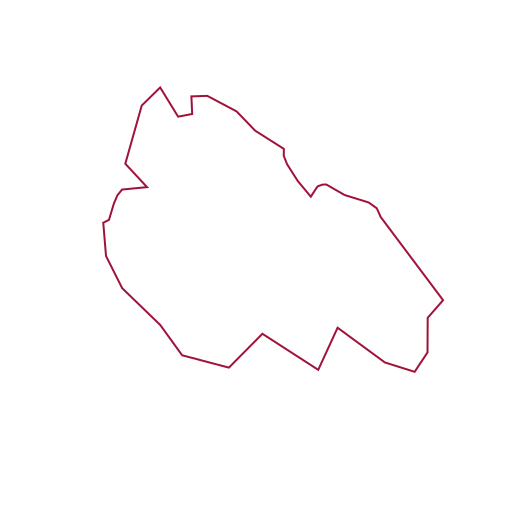 an SVG outline of Aglonas, rotated 50°
{"feature_id": "LVA-5748", "entity_name": "Aglonas", "entity_type": "Municipality", "adm_level": 1, "iso_a3": "LVA", "parent_name": "Latvia", "parent_adm1": "", "projection": "robinson", "projection_center": [27.078, 56.097], "detail": "fine", "context": "isolated", "style": "outline", "palette": "rose", "viewbox_px": 512, "rotation_deg": 50, "n_neighbors": 0, "source": "natural_earth", "source_scale": "10m", "svg_char_len": 665}
<svg xmlns="http://www.w3.org/2000/svg" viewBox="0 0 512 512"><g transform="rotate(50 256 256)"><path d="M191.9,165.8L197.0,170.3L205.6,173.2L225.4,175.8L245.8,175.9L242.9,166.4L242.3,163.8L244.1,159.1L246.4,156.2L266.3,148.9L287.4,135.3L297.1,132.8L306.2,135.4L410.1,141.1L413.7,164.2L440.1,186.6L446.7,208.9L420.4,225.7L363.4,239.6L383.2,281.5L319.7,301.1L324.1,348.5L284.6,376.4L247.3,373.7L194.7,379.2L159.6,370.9L132.3,351.6L133.8,345.4L124.3,330.9L120.4,323.1L119.0,315.9L133.2,295.2L101.3,296.8L67.3,246.8L65.3,221.1L99.2,226.1L106.2,213.6L92.2,202.9L102.0,190.4L132.8,177.9L159.4,176.1L191.9,165.8Z" fill="none" stroke="#9f1239" stroke-width="2"/></g></svg>